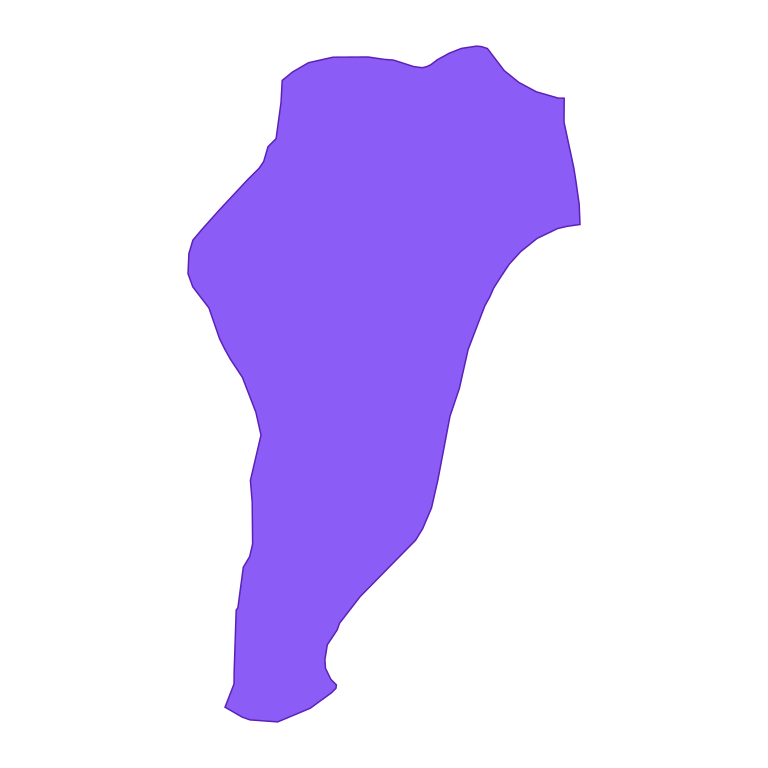 Santa Cruz del Quiché, Quiché, Guatemala (orthographic projection)
{"feature_id": "79465075B15247969306160", "entity_name": "Santa Cruz del Quiché", "entity_type": "district", "adm_level": 2, "iso_a3": "GTM", "parent_name": "Guatemala", "parent_adm1": "Quiché", "projection": "orthographic", "projection_center": [-91.122, 15.026], "detail": "fine", "context": "isolated", "style": "filled", "palette": "violet", "viewbox_px": 768, "rotation_deg": 0, "n_neighbors": 0, "source": "geoboundaries", "source_scale": "gbopen_adm2", "svg_char_len": 1178}
<svg xmlns="http://www.w3.org/2000/svg" viewBox="0 0 768 768"><path d="M580.0,224.5L579.2,204.2L575.9,181.1L573.8,167.8L565.8,130.5L564.0,122.1L564.2,98.2L558.1,98.1L536.1,91.7L518.8,82.4L504.2,70.6L487.4,48.5L481.4,46.6L476.6,46.1L461.5,48.4L449.4,53.1L437.4,59.7L430.7,64.8L426.8,66.6L422.3,67.7L413.8,66.6L393.5,60.1L383.6,59.3L368.2,57.0L332.9,57.2L308.5,62.7L292.4,72.1L282.2,80.4L281.0,102.6L276.1,138.6L268.0,146.7L263.7,161.5L259.1,168.3L247.6,179.7L219.3,210.0L213.2,216.8L201.7,229.7L192.9,240.1L188.9,253.5L188.0,273.7L192.8,286.9L208.9,307.9L219.6,338.8L225.0,349.6L230.3,359.1L242.4,377.4L255.9,412.3L261.0,435.1L250.4,480.4L252.2,502.2L252.6,544.0L249.7,556.5L243.3,567.2L237.9,607.7L236.2,610.2L234.2,670.0L234.0,684.0L225.0,707.2L242.3,717.2L250.1,719.9L277.7,721.9L310.3,708.2L331.7,692.6L336.0,688.2L336.4,684.9L330.8,679.3L325.5,668.3L324.9,659.7L327.3,644.8L337.2,629.9L339.5,623.3L360.2,596.5L415.6,540.2L422.6,528.8L431.5,507.9L437.8,480.4L450.0,416.2L459.4,388.3L468.1,349.6L484.8,305.9L489.9,296.7L493.6,288.2L500.2,277.8L509.3,264.1L520.7,251.6L537.1,238.4L557.7,228.5L567.3,226.3L580.0,224.5Z" fill="#8b5cf6" stroke="#5b21b6" stroke-width="1.5"/></svg>